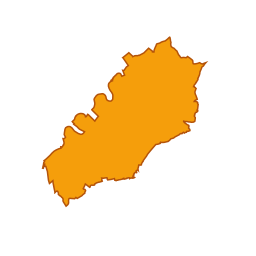 the district of Napradea, Salaj, Romania, rotated 32°
{"feature_id": "2599482B62683789744517", "entity_name": "Napradea", "entity_type": "district", "adm_level": 2, "iso_a3": "ROU", "parent_name": "Romania", "parent_adm1": "Salaj", "projection": "albers", "projection_center": [23.333, 47.354], "detail": "fine", "context": "isolated", "style": "filled", "palette": "amber", "viewbox_px": 256, "rotation_deg": 32, "n_neighbors": 0, "source": "geoboundaries", "source_scale": "gbopen_adm2", "svg_char_len": 5741}
<svg xmlns="http://www.w3.org/2000/svg" viewBox="0 0 256 256"><g transform="rotate(32 128 128)"><path d="M159.8,166.4L159.1,166.4L158.4,167.4L158.0,166.8L157.7,165.9L157.8,165.4L157.6,164.9L157.9,164.6L157.3,164.0L157.5,163.2L157.3,163.0L157.3,162.8L157.9,161.2L158.6,161.5L159.0,161.3L159.0,161.2L158.8,161.0L157.6,159.7L158.3,158.8L158.4,158.5L158.7,158.3L159.0,158.4L158.1,157.4L157.8,156.7L157.4,155.1L157.0,154.5L156.8,153.5L157.9,153.1L158.9,152.2L158.4,151.1L158.3,148.9L158.2,148.7L158.5,148.5L158.4,147.9L158.2,147.2L158.6,142.1L158.5,139.9L159.0,135.8L160.3,127.3L162.0,125.8L163.5,124.0L163.5,123.6L163.0,123.2L163.1,122.8L163.5,122.8L165.5,121.6L166.3,121.0L169.2,118.1L169.2,117.6L169.7,116.8L170.1,114.4L171.7,112.7L172.2,111.8L172.6,110.6L175.2,106.2L175.2,105.4L175.4,105.0L176.7,104.2L176.6,103.9L176.8,103.7L177.1,103.2L177.0,102.8L177.4,102.2L178.5,102.4L178.9,101.4L179.8,100.7L179.8,100.3L179.6,99.8L179.7,99.5L180.1,99.4L180.9,98.8L181.9,97.4L181.1,96.4L179.5,96.1L179.3,95.8L179.1,94.9L178.7,94.7L178.7,94.2L178.4,94.0L178.2,93.6L177.4,93.6L176.8,93.8L176.0,93.8L174.6,93.6L173.6,93.6L172.8,93.3L171.8,93.1L171.6,92.7L173.3,92.2L173.6,91.8L175.5,90.9L176.1,90.8L177.9,89.8L178.5,89.7L180.2,88.5L180.6,88.0L180.7,87.7L181.1,87.1L181.1,86.8L179.8,83.9L179.3,83.3L178.6,83.2L178.0,82.8L177.8,82.6L177.8,81.4L177.3,81.2L177.1,80.7L177.2,79.8L177.1,79.1L177.4,78.6L177.9,78.3L177.9,77.5L178.2,77.0L178.1,76.5L178.0,76.3L177.5,76.1L177.0,76.2L177.1,75.3L175.0,70.8L174.0,70.3L173.9,69.9L173.6,69.5L173.0,69.3L172.5,69.3L171.0,69.8L170.1,70.4L170.0,69.8L170.1,69.3L170.8,68.3L170.9,67.5L171.5,67.0L170.6,66.1L169.7,65.6L169.3,65.1L167.1,63.6L166.3,62.8L165.8,62.2L165.4,61.3L165.1,59.6L164.9,59.2L164.9,58.5L163.4,58.0L162.9,58.2L162.3,57.8L161.7,58.1L161.4,56.7L161.5,55.5L161.7,54.8L161.7,54.0L161.4,53.4L161.7,53.0L161.7,52.3L161.6,51.5L161.7,50.9L161.6,49.9L161.4,49.3L160.9,49.0L160.9,47.9L160.5,45.3L160.1,44.0L159.3,42.3L158.7,38.3L158.3,37.4L158.9,35.9L159.1,35.3L159.1,33.2L159.4,31.3L157.9,33.2L157.3,34.2L155.8,34.7L154.5,34.6L154.0,34.7L153.0,36.1L152.3,36.8L150.9,38.1L149.7,38.8L149.3,38.9L148.8,38.6L147.2,36.6L146.6,36.3L144.3,36.0L140.6,35.8L140.2,37.3L140.0,37.6L137.7,38.7L136.0,40.1L135.3,40.3L133.1,39.3L132.1,39.1L129.1,37.1L128.4,36.7L127.5,36.7L124.8,36.0L123.3,36.2L121.7,36.1L120.7,35.4L119.4,33.7L119.4,33.2L119.1,32.7L117.7,31.4L117.2,30.7L115.8,29.2L115.4,28.9L115.2,28.9L114.9,29.6L114.4,31.7L113.4,34.4L111.3,36.7L110.3,38.3L109.9,39.2L107.9,41.3L107.8,42.0L108.1,43.0L108.3,44.8L108.6,46.6L108.9,48.1L109.7,49.8L108.4,50.5L108.0,49.9L103.2,49.4L101.7,55.9L99.0,60.5L98.7,60.5L97.6,61.8L96.7,62.2L95.5,63.1L94.3,64.9L94.1,64.7L88.8,63.7L88.6,64.4L86.3,71.1L86.5,71.1L88.6,72.0L95.2,74.9L95.1,75.2L94.3,77.1L94.1,81.2L93.8,81.6L93.0,81.9L97.1,85.0L96.2,86.2L95.4,87.4L93.3,86.1L92.4,85.9L91.3,86.3L90.9,86.6L90.4,87.2L90.2,87.3L90.0,87.6L89.6,90.0L89.4,90.1L89.0,92.4L88.8,92.5L88.8,94.1L89.2,94.0L89.3,94.2L89.1,95.4L88.6,95.9L88.4,96.4L89.6,96.4L88.6,97.9L88.2,99.2L88.1,100.6L88.5,101.7L89.3,103.0L91.1,104.5L93.0,105.6L95.3,106.5L97.2,107.6L98.1,108.7L99.8,111.7L99.7,112.9L99.5,113.8L99.0,114.4L98.2,114.9L96.8,115.4L95.0,115.3L93.8,114.4L92.8,113.3L91.8,112.6L90.7,112.2L89.2,112.1L88.1,112.5L85.5,114.7L84.6,115.7L84.0,117.3L83.8,120.6L84.1,121.8L86.6,124.4L87.2,125.4L88.0,127.6L88.2,129.0L87.6,131.6L88.1,131.9L96.7,133.8L96.4,136.0L96.2,139.7L87.2,137.7L86.5,137.8L86.6,139.8L86.5,140.5L86.4,140.7L86.0,141.0L85.6,140.4L84.8,140.1L84.3,139.7L82.6,139.7L81.4,140.1L80.1,140.8L79.3,141.5L78.4,142.6L77.8,143.8L77.5,144.9L77.6,145.5L77.3,145.7L77.6,147.7L78.1,149.1L77.3,152.1L78.6,152.6L80.1,152.8L80.0,153.6L84.0,153.9L86.7,154.6L87.8,154.7L93.1,154.2L93.1,154.8L92.9,156.3L92.5,157.3L91.4,158.4L88.7,159.0L84.2,159.0L80.3,157.6L78.3,157.5L77.1,158.0L75.9,159.0L75.0,160.9L75.2,162.4L76.5,165.5L77.4,167.4L79.1,168.5L79.9,168.9L79.7,170.3L79.5,170.9L78.5,171.4L81.0,173.7L81.8,174.7L82.4,176.7L82.3,176.9L82.1,176.9L82.3,178.8L80.9,179.6L81.0,179.8L81.6,180.1L81.9,180.6L80.4,182.2L78.7,184.7L77.6,186.9L76.8,189.8L76.4,192.4L74.8,198.4L74.1,200.2L74.9,200.5L74.9,201.8L75.0,202.3L75.8,204.0L76.4,205.9L76.8,206.8L76.9,207.3L77.5,207.1L77.5,206.7L77.0,206.2L76.8,205.5L76.9,205.1L76.0,203.2L76.5,202.8L77.7,204.8L78.7,204.1L82.7,207.6L88.2,214.4L90.8,216.7L92.2,212.5L93.6,214.3L97.5,218.5L100.1,221.2L100.3,221.6L100.4,221.4L100.4,220.5L101.2,219.1L101.9,219.0L103.2,219.8L103.9,220.7L104.0,221.1L104.5,221.3L106.3,221.6L106.7,221.4L108.0,221.7L108.3,221.9L109.5,222.0L110.1,222.3L110.8,222.9L111.1,223.7L112.0,224.7L116.9,227.1L117.5,225.2L117.6,223.8L117.1,222.6L116.0,221.0L115.4,219.5L115.5,219.0L116.1,218.3L116.9,218.0L120.3,216.2L120.6,214.5L122.2,214.7L124.8,209.8L125.0,208.6L125.9,206.1L125.4,205.3L125.3,203.8L125.1,203.4L124.0,202.9L123.6,203.0L123.3,203.3L122.9,203.4L122.2,203.2L121.8,199.6L121.5,198.1L127.0,198.6L127.1,198.4L127.0,197.6L126.7,196.8L127.0,196.2L127.3,195.8L128.8,195.0L129.3,194.5L129.8,194.1L129.8,193.8L129.5,193.1L129.5,192.8L129.7,192.7L129.8,192.4L130.1,192.1L130.2,191.4L130.5,191.0L131.1,190.5L131.8,189.5L132.3,189.2L134.2,187.1L134.4,186.7L134.2,186.5L133.6,186.5L133.2,185.8L132.7,184.7L132.3,184.4L133.8,183.6L135.1,182.4L135.5,182.2L136.0,181.7L136.4,181.6L136.5,181.4L136.9,181.5L137.1,181.7L137.5,182.4L138.3,182.8L141.0,180.5L143.3,178.1L144.5,179.3L145.0,179.1L145.8,179.0L146.2,178.2L147.1,177.7L147.3,177.1L148.7,176.0L149.4,175.2L150.2,174.6L150.6,173.4L151.1,172.9L151.7,173.5L152.3,173.0L153.0,172.2L153.5,171.3L153.6,171.2L153.8,171.3L154.0,170.8L155.0,169.7L155.5,169.5L156.2,170.1L156.6,169.3L157.1,168.7L157.6,168.4L157.9,168.5L159.0,167.7L159.6,166.9L159.8,166.4Z" fill="#f59e0b" stroke="#b45309" stroke-width="1.5"/></g></svg>